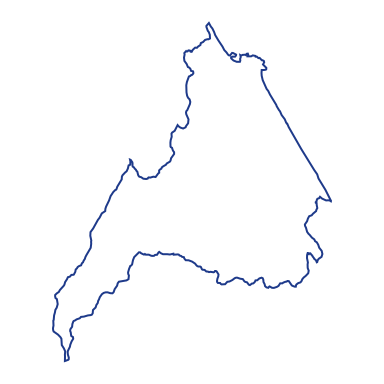 outline of Limon, Limón, Costa Rica
{"feature_id": "36466004B50274844038256", "entity_name": "Limon", "entity_type": "district", "adm_level": 2, "iso_a3": "CRI", "parent_name": "Costa Rica", "parent_adm1": "Limón", "projection": "equal_earth", "projection_center": [-83.21, 9.776], "detail": "fine", "context": "isolated", "style": "outline", "palette": "blue", "viewbox_px": 384, "rotation_deg": 0, "n_neighbors": 0, "source": "geoboundaries", "source_scale": "gbopen_adm2", "svg_char_len": 5909}
<svg xmlns="http://www.w3.org/2000/svg" viewBox="0 0 384 384"><path d="M330.9,201.3L331.0,200.9L325.4,189.8L318.5,178.5L317.2,174.3L314.2,170.0L301.3,149.1L288.7,127.1L287.2,123.6L286.8,123.6L286.1,122.5L284.8,119.3L281.6,115.0L280.0,111.3L279.0,110.1L276.7,106.2L276.2,104.8L270.0,94.6L268.2,90.9L266.6,88.9L262.7,80.1L261.7,75.8L261.5,73.0L261.7,70.0L264.0,70.0L265.7,69.7L266.2,69.4L266.3,68.6L266.3,67.8L263.0,64.5L264.2,62.2L263.8,60.9L262.4,60.2L262.0,60.3L261.4,60.3L261.9,60.3L259.6,57.9L258.4,58.1L256.9,56.7L255.6,56.7L255.4,55.9L252.8,55.4L251.2,56.3L247.8,56.3L248.2,55.3L248.2,54.6L247.8,53.6L246.7,53.8L246.0,55.2L245.2,54.7L242.5,54.9L241.2,55.6L240.3,55.1L240.7,57.2L240.1,58.9L240.3,60.6L239.9,61.8L236.7,61.8L233.5,60.5L231.2,58.4L231.1,57.4L232.4,56.7L235.0,56.7L236.0,55.5L236.1,54.6L233.0,53.0L232.1,52.9L230.0,55.5L228.8,55.3L228.0,54.6L226.4,52.3L224.3,50.1L222.5,46.6L218.3,40.3L215.2,35.1L214.1,32.0L212.4,28.5L210.8,26.5L208.9,23.0L206.4,25.9L206.4,26.9L207.8,30.8L208.8,32.1L209.8,34.7L210.0,38.5L208.4,39.3L207.5,39.2L205.1,39.9L203.1,42.0L200.8,43.1L200.4,45.0L198.0,46.6L196.9,47.8L195.2,47.6L194.4,48.3L192.8,49.8L191.7,51.8L191.1,51.8L190.8,51.1L190.3,51.3L189.8,50.5L188.4,50.4L187.5,51.4L186.5,51.5L186.1,51.1L184.3,53.1L184.6,54.5L184.0,57.6L184.4,60.9L186.6,63.9L187.9,67.0L189.1,67.5L190.3,68.7L191.1,70.9L193.0,71.3L193.3,72.1L193.3,73.5L192.2,74.8L191.1,75.1L190.4,75.9L188.9,76.5L186.9,82.0L186.3,85.2L186.5,92.4L187.1,95.7L188.0,97.7L189.6,99.4L190.3,101.9L189.9,104.1L187.3,110.1L186.3,111.2L186.0,112.6L186.3,114.3L188.5,119.3L188.1,123.3L186.1,126.0L185.6,127.3L183.1,128.5L180.4,127.6L178.5,126.2L177.6,125.1L174.7,130.8L172.1,132.6L171.5,133.6L171.7,136.8L170.7,140.1L170.4,142.6L170.5,146.5L170.8,147.1L172.0,147.8L172.9,150.5L174.1,152.2L174.1,154.0L171.1,158.2L170.5,160.7L169.8,161.7L166.7,163.5L166.0,164.7L163.1,166.4L161.8,167.4L161.4,168.6L159.6,169.8L159.1,170.6L159.2,172.7L158.2,173.5L155.6,177.0L153.3,176.7L150.2,177.6L148.7,177.4L148.2,177.7L147.7,178.6L146.2,179.0L143.3,178.7L141.2,177.2L139.3,176.7L138.6,175.9L138.1,174.9L137.3,171.6L136.4,170.8L135.9,169.7L134.6,168.5L134.0,167.4L132.7,166.6L132.5,165.6L132.5,163.1L132.3,162.2L130.7,159.9L130.0,159.6L130.4,161.6L130.2,164.7L128.6,165.4L127.9,168.5L126.6,171.3L125.1,172.5L122.5,175.3L121.9,176.6L121.7,179.4L117.7,186.0L117.1,187.1L116.6,188.9L116.1,189.7L115.4,189.9L113.3,192.0L110.6,196.1L109.1,200.4L106.1,206.6L105.4,208.8L105.2,211.1L101.8,213.4L99.6,217.7L97.9,219.9L93.2,228.4L90.5,232.1L90.3,235.8L91.3,240.6L91.1,241.7L91.2,243.8L90.7,247.8L86.3,255.3L85.3,257.3L84.9,258.8L83.7,260.6L83.0,262.3L81.9,263.3L81.1,265.3L79.2,266.0L77.7,267.0L76.9,268.4L75.7,269.5L75.3,271.8L73.8,274.6L73.3,274.8L71.4,274.9L69.8,276.7L67.9,277.2L67.0,279.2L65.1,282.1L64.4,284.7L63.7,285.8L59.9,290.0L58.8,292.0L57.0,293.2L55.2,294.9L55.1,296.0L55.3,297.2L55.6,298.2L56.6,298.8L56.9,299.2L57.7,304.1L56.7,307.7L55.4,309.8L54.9,312.6L54.1,315.4L53.7,319.9L53.3,320.7L53.5,325.6L53.0,328.1L53.1,329.9L53.6,331.5L58.0,334.6L60.4,337.1L61.4,338.7L61.8,345.1L63.9,348.4L65.2,351.4L64.9,354.8L65.0,356.3L64.9,361.0L68.3,359.8L68.7,359.3L68.8,357.6L67.9,354.7L67.7,352.6L67.8,351.1L69.9,346.8L70.3,344.7L71.6,341.4L73.2,338.8L73.0,337.1L71.3,336.0L71.1,335.3L70.7,332.2L70.2,331.2L70.2,330.0L70.5,329.0L72.1,326.8L72.4,324.0L73.3,321.5L73.7,321.0L75.3,320.3L76.5,319.4L79.7,318.3L81.0,316.9L83.9,316.6L88.0,315.4L90.7,315.1L91.8,314.7L92.7,313.3L93.0,310.0L95.6,307.5L96.4,304.9L97.7,303.1L98.2,300.8L99.0,299.4L99.8,297.2L101.9,294.2L103.7,292.9L105.8,292.3L107.5,292.3L110.4,293.2L112.5,293.3L113.6,292.2L114.7,289.1L117.1,285.7L117.7,283.3L118.9,281.7L126.5,280.4L128.5,279.2L128.9,275.5L128.2,273.9L128.1,272.3L129.1,268.8L130.3,265.9L131.2,265.5L132.0,264.7L132.0,264.9L133.0,260.1L134.2,257.1L139.0,252.3L140.2,252.4L141.0,253.2L143.7,254.5L144.3,254.5L144.9,254.0L145.8,254.7L148.9,254.7L151.1,255.7L152.3,255.9L154.0,255.8L155.1,254.9L157.0,254.8L158.5,252.5L159.2,251.9L161.0,253.3L163.0,254.2L167.3,254.2L169.9,254.5L173.4,253.7L173.6,254.7L177.9,254.4L178.9,254.7L179.5,255.5L181.2,256.0L182.0,256.8L183.9,257.2L184.3,258.5L185.7,260.2L188.6,260.3L192.1,261.6L195.1,263.6L196.4,265.3L197.4,266.2L198.4,266.5L200.1,266.5L200.9,267.0L201.9,269.2L202.4,269.7L204.6,269.9L206.3,271.5L207.9,271.6L209.0,272.1L210.5,271.8L213.6,272.3L214.4,271.9L215.0,271.0L215.9,271.0L216.7,271.5L218.5,274.4L218.3,276.3L217.4,278.7L217.0,281.0L217.1,281.9L217.8,282.9L220.1,283.0L220.8,283.9L221.6,284.4L225.1,284.2L227.3,281.8L229.5,281.5L232.4,280.0L234.7,278.2L236.0,277.7L237.3,277.7L240.2,278.7L242.8,279.1L244.3,281.2L245.2,281.9L247.0,282.3L248.8,284.7L249.9,285.1L252.0,283.5L253.0,283.5L254.0,282.8L254.9,281.8L255.5,280.4L257.2,280.3L259.4,278.4L261.6,277.7L262.7,278.2L263.3,279.7L263.5,282.0L264.6,284.1L265.1,286.2L266.5,287.4L268.3,287.8L269.1,286.7L269.6,286.4L272.0,287.8L273.9,287.9L276.9,286.9L278.5,285.9L280.2,283.3L282.4,283.3L283.3,282.6L285.3,281.8L286.6,281.6L287.4,281.0L288.8,281.1L291.7,285.3L292.2,285.7L294.8,286.7L295.8,286.7L296.0,285.3L296.4,284.5L298.2,283.1L300.4,282.4L301.4,281.3L302.3,279.2L303.7,277.5L305.6,276.0L308.2,273.3L308.7,270.7L307.7,268.0L307.6,264.4L307.9,262.5L307.0,258.1L307.1,255.0L307.7,253.0L308.0,253.0L308.4,253.8L308.9,254.2L309.7,253.3L310.3,253.3L311.6,255.0L312.3,255.5L312.5,256.3L313.8,257.9L314.1,258.7L315.9,260.2L316.8,262.3L317.2,262.1L317.6,260.4L318.7,258.8L321.5,256.9L322.4,254.0L321.7,250.9L319.2,247.7L318.2,244.7L316.8,242.3L315.1,241.2L314.3,239.4L311.9,237.6L309.6,234.8L308.5,233.8L307.1,231.8L306.0,227.8L305.0,225.7L304.9,224.4L307.1,221.2L307.9,218.6L309.2,216.2L311.7,215.3L313.0,213.7L316.1,211.1L316.4,209.7L317.3,208.1L316.7,204.9L316.6,203.0L315.8,202.8L315.7,202.2L316.7,201.0L316.7,200.2L317.4,198.8L319.1,198.2L320.0,196.8L322.1,198.6L326.0,200.4L329.4,200.3L330.9,201.3Z" fill="none" stroke="#1e3a8a" stroke-width="2"/></svg>